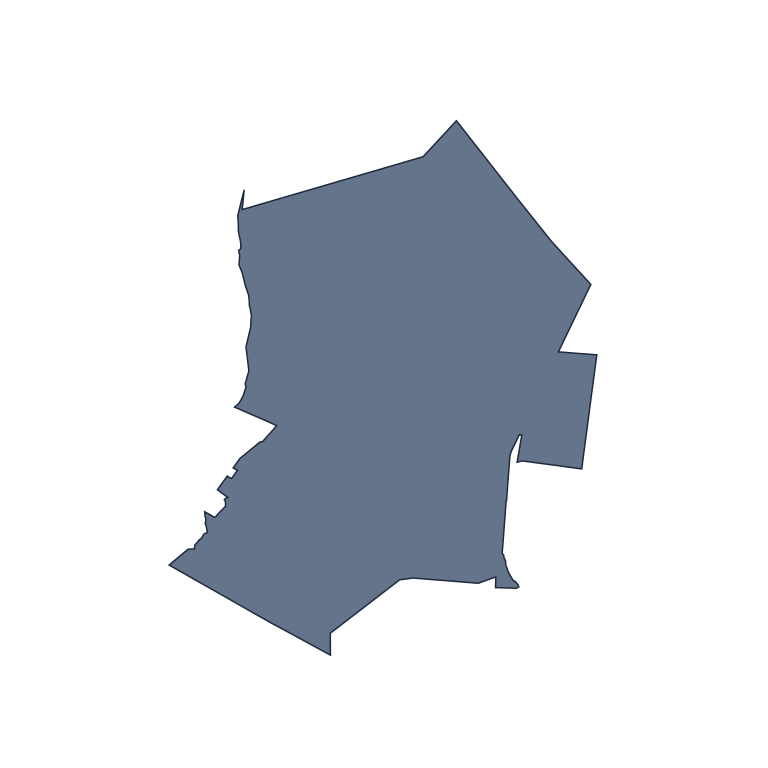 outline of Bustamante, Nuevo León, Mexico, rotated 30°
{"feature_id": "50627088B226456394087", "entity_name": "Bustamante", "entity_type": "district", "adm_level": 2, "iso_a3": "MEX", "parent_name": "Mexico", "parent_adm1": "Nuevo León", "projection": "mercator", "projection_center": [-100.55, 26.571], "detail": "fine", "context": "isolated", "style": "filled", "palette": "slate", "viewbox_px": 768, "rotation_deg": 30, "n_neighbors": 0, "source": "geoboundaries", "source_scale": "gbopen_adm2", "svg_char_len": 2834}
<svg xmlns="http://www.w3.org/2000/svg" viewBox="0 0 768 768"><g transform="rotate(30 384 384)"><path d="M165.8,285.7L173.1,311.1L173.6,311.8L178.5,319.4L181.5,324.5L185.0,328.5L186.7,330.2L190.0,334.4L192.3,338.3L191.3,341.1L194.6,344.6L198.9,353.4L205.3,358.3L215.0,368.4L222.5,374.9L226.0,379.8L227.4,382.3L228.6,383.9L228.9,384.0L229.5,384.5L235.2,391.3L236.3,394.0L240.1,401.5L245.9,420.8L260.4,440.2L263.7,453.3L266.0,455.7L267.9,464.5L267.9,465.8L268.0,466.2L268.1,468.8L268.0,473.2L266.1,478.8L305.6,474.3L310.2,473.9L311.9,473.8L310.2,482.4L309.0,488.0L307.5,495.0L305.7,496.0L299.6,512.1L296.4,520.6L295.8,526.9L295.3,532.1L295.8,532.1L300.2,532.1L299.6,538.4L299.2,542.2L298.3,542.2L296.7,542.2L294.3,542.1L293.3,551.9L292.6,558.9L295.2,559.2L296.6,559.4L305.6,560.4L304.8,561.1L304.0,562.2L303.5,564.0L305.5,565.1L307.9,569.2L304.9,580.7L305.1,581.7L304.4,583.4L303.7,584.2L298.5,584.2L292.6,584.3L294.8,587.6L297.0,589.7L298.2,592.0L299.0,594.3L301.6,596.5L304.6,600.3L305.2,601.2L304.6,602.1L304.1,602.5L303.9,602.8L303.4,603.2L303.2,603.7L303.0,604.5L303.1,606.5L303.1,608.6L302.9,609.1L302.4,610.2L301.7,611.9L301.8,613.1L301.6,613.8L301.5,614.5L300.7,617.7L301.6,620.3L302.5,621.5L297.0,624.9L294.9,630.5L288.4,648.2L291.4,648.2L296.6,648.2L304.9,648.1L312.7,648.1L323.7,648.0L332.4,647.9L348.0,647.8L363.8,647.7L382.6,647.6L382.9,647.6L405.0,647.4L425.9,646.8L473.2,645.6L462.1,626.7L495.5,545.7L506.4,537.4L519.5,531.2L529.2,526.6L534.7,523.9L546.2,518.5L556.5,513.6L563.1,510.5L565.3,509.4L571.7,501.8L575.4,497.4L577.3,495.2L582.4,504.6L586.6,502.3L586.9,502.2L587.1,502.1L587.3,501.9L591.7,499.6L597.7,496.3L599.2,495.8L601.0,494.5L602.2,492.2L600.5,490.9L596.0,489.2L594.3,489.7L585.5,484.6L581.5,481.0L580.0,480.0L577.9,476.6L574.9,474.4L573.8,473.2L572.9,472.1L571.6,471.8L570.8,471.2L567.5,464.2L560.0,448.6L556.1,440.5L553.5,434.9L553.3,434.7L553.2,434.4L552.6,433.2L550.6,429.1L548.2,424.1L548.5,423.9L545.3,417.2L542.0,410.5L541.6,409.6L541.0,408.6L540.9,408.1L539.7,405.7L539.0,404.1L537.3,400.7L536.3,398.5L535.0,395.9L533.0,391.6L531.1,387.7L530.9,387.2L529.2,383.8L528.4,381.1L528.1,379.6L527.9,378.5L527.8,377.0L527.6,374.7L527.3,370.1L527.3,369.9L527.2,368.8L527.1,366.2L526.9,365.8L526.6,360.3L528.9,359.4L531.9,367.6L533.4,371.5L534.2,373.8L535.4,377.0L536.1,379.1L536.9,381.2L538.4,385.2L542.2,381.5L559.7,374.3L559.9,374.3L560.1,374.1L560.4,374.0L567.9,370.9L568.4,370.7L570.4,369.9L570.8,369.7L597.7,358.7L569.2,289.9L554.0,253.0L553.7,252.3L553.4,252.5L551.5,253.4L551.0,253.6L545.3,256.4L544.6,256.7L541.5,258.2L535.5,261.1L526.0,265.6L519.6,268.7L519.0,269.0L513.8,200.5L513.4,194.4L493.6,188.1L480.2,183.9L476.8,182.8L457.6,176.7L406.7,156.7L315.1,119.8L304.2,167.6L252.1,222.1L250.6,223.7L245.6,228.9L174.0,303.8L165.8,285.7Z" fill="#64748b" stroke="#1e293b" stroke-width="1.5"/></g></svg>